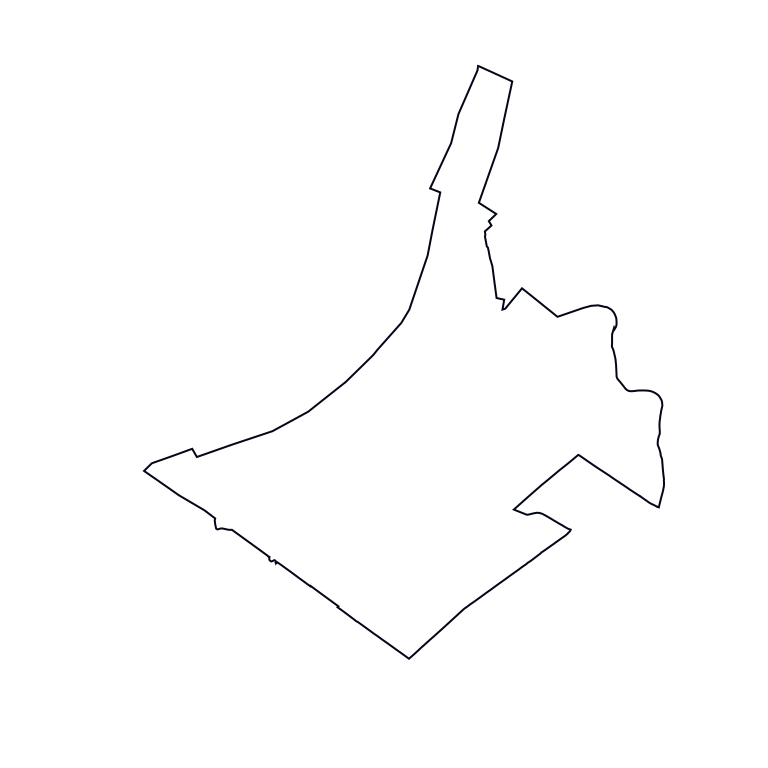 Gostinu, Romania, rotated 160°
{"feature_id": "2599482B60954600947831", "entity_name": "Gostinu", "entity_type": "district", "adm_level": 2, "iso_a3": "ROU", "parent_name": "Romania", "parent_adm1": "", "projection": "albers", "projection_center": [26.1, 43.984], "detail": "fine", "context": "isolated", "style": "outline", "palette": "ink", "viewbox_px": 768, "rotation_deg": 160, "n_neighbors": 0, "source": "geoboundaries", "source_scale": "gbopen_adm2", "svg_char_len": 4834}
<svg xmlns="http://www.w3.org/2000/svg" viewBox="0 0 768 768"><g transform="rotate(160 384 384)"><path d="M186.8,650.7L188.9,646.7L221.7,612.2L238.5,587.4L273.8,552.0L265.6,544.8L282.4,517.5L285.9,511.8L299.0,489.9L334.8,445.2L346.8,435.5L378.3,418.5L384.2,414.9L419.0,399.1L464.7,383.9L505.0,377.8L548.5,379.0L584.8,379.4L586.4,388.7L607.9,388.7L629.3,388.9L639.2,384.4L638.4,383.2L631.1,372.9L621.0,358.5L614.8,349.6L595.9,326.7L588.6,315.4L589.7,313.8L590.6,309.8L591.2,305.5L590.4,304.4L589.3,304.2L587.0,304.1L585.4,303.6L582.5,301.8L580.0,300.2L576.7,298.9L560.8,275.4L553.0,263.8L551.6,261.6L551.1,261.0L551.4,260.9L551.0,260.2L551.4,259.5L551.6,259.1L551.7,258.8L551.8,257.9L551.5,256.9L550.7,255.9L550.0,255.7L548.7,255.9L547.4,255.9L547.1,255.9L546.6,255.3L546.4,254.8L546.4,254.3L546.6,253.9L547.0,253.2L546.9,253.0L546.9,252.7L546.8,252.8L546.5,252.6L546.3,252.5L545.9,252.6L545.7,252.6L545.2,252.9L542.0,248.4L539.0,243.9L535.6,238.9L532.5,234.2L529.2,229.2L525.7,224.0L522.4,219.1L522.1,219.4L521.6,218.7L519.8,216.0L514.9,208.6L509.0,199.8L505.5,194.6L502.9,190.7L504.0,190.1L501.4,186.3L497.7,180.7L493.4,174.1L492.0,171.9L491.5,171.0L490.4,169.7L489.5,168.6L482.3,158.0L479.6,153.9L476.2,149.1L472.5,143.6L469.2,138.9L466.0,134.2L463.1,129.9L460.1,125.6L455.9,119.4L454.5,117.3L453.2,117.8L448.5,119.6L439.7,123.3L438.8,123.7L436.7,124.5L428.1,128.0L424.2,129.5L413.3,133.9L400.9,139.0L386.7,144.9L385.1,145.5L381.3,146.5L380.4,146.8L378.8,147.3L378.2,147.5L376.1,148.0L372.0,149.1L365.7,150.9L359.2,152.8L356.6,153.5L356.4,153.5L356.0,153.7L355.8,153.7L350.3,155.3L346.5,156.4L335.4,159.5L331.2,160.7L327.7,161.7L325.8,162.2L321.1,163.5L317.6,164.6L314.6,165.4L313.4,165.7L312.6,165.9L312.0,166.0L311.6,166.2L310.9,166.5L310.3,166.8L309.7,166.9L309.2,167.0L308.7,167.1L308.1,167.2L304.9,168.1L297.6,170.4L295.6,171.0L294.5,171.4L294.3,171.5L293.7,171.9L293.3,172.0L293.1,172.0L292.9,172.0L290.6,172.6L282.6,174.8L273.9,177.2L270.0,178.3L265.4,179.5L264.2,180.0L262.7,180.5L262.4,180.8L260.3,181.7L259.2,182.4L258.4,183.3L259.9,184.5L260.5,185.0L261.6,186.2L262.5,187.3L263.1,188.0L264.8,190.2L267.0,192.7L269.1,195.3L271.1,197.7L272.5,199.5L275.4,203.0L276.8,204.7L278.8,206.9L279.6,207.8L280.6,208.6L281.8,209.5L282.7,210.0L283.7,210.4L284.5,210.7L286.0,211.0L287.4,211.2L288.2,211.4L289.6,211.5L291.7,211.7L293.4,212.0L294.2,212.2L294.7,212.5L295.2,212.9L301.5,218.5L304.9,221.6L284.8,229.6L274.7,233.5L271.9,234.6L270.5,235.2L268.6,235.8L262.0,238.1L252.1,241.7L251.5,241.9L250.8,242.2L244.6,244.3L239.7,245.9L233.5,248.1L225.8,250.9L225.5,250.9L223.0,247.5L218.7,241.4L214.3,235.2L210.4,229.9L206.7,225.0L203.3,220.4L199.2,214.6L195.6,209.7L192.7,205.8L188.8,200.3L185.2,195.5L182.0,191.2L181.9,191.3L181.4,190.6L180.1,188.6L176.6,183.6L175.8,182.4L175.4,181.9L174.7,181.0L174.1,180.3L170.7,176.8L170.1,176.2L169.6,175.6L169.4,175.4L169.4,175.2L167.9,174.1L167.3,175.1L161.7,183.4L158.4,188.1L155.9,192.3L154.8,194.9L154.0,197.7L153.4,198.9L152.9,201.5L151.2,208.2L148.7,217.2L148.4,218.3L148.4,219.3L148.4,220.5L148.4,221.9L148.1,223.6L147.9,224.0L147.7,226.1L147.5,228.5L147.5,230.1L147.6,232.4L147.5,233.5L147.1,234.7L146.6,235.9L146.3,236.4L146.2,236.6L146.1,236.9L145.8,237.6L145.5,238.2L145.2,238.6L144.7,239.2L144.3,239.9L143.9,240.5L143.6,240.9L143.1,241.4L142.6,242.0L142.3,242.4L142.1,242.7L141.8,243.0L141.7,243.6L141.1,244.9L140.9,245.6L140.6,246.6L140.1,248.4L139.8,249.5L139.2,251.1L138.4,253.2L137.1,255.9L136.0,257.9L135.1,259.8L133.9,261.8L133.2,263.1L132.7,264.0L131.4,266.0L130.1,268.0L129.7,268.8L129.4,270.0L129.0,271.4L128.8,272.9L128.8,273.7L128.8,274.6L129.2,276.5L129.5,278.1L130.2,279.8L131.1,281.2L132.2,282.7L133.4,284.0L134.8,285.3L136.1,286.2L137.9,287.3L139.5,288.0L141.6,288.9L143.3,289.5L145.1,290.2L146.4,290.6L147.9,291.1L148.6,291.2L151.5,291.9L153.5,292.4L154.8,292.9L156.4,293.8L157.8,295.3L158.7,297.0L159.3,298.8L161.3,304.9L162.1,307.0L162.9,309.2L162.9,311.4L161.1,317.0L159.4,322.6L158.0,328.0L157.0,335.5L156.9,337.1L156.8,338.0L156.9,339.0L157.1,341.1L156.8,341.8L156.0,343.6L155.8,344.2L155.7,344.4L152.7,352.6L148.6,358.1L148.6,356.6L147.5,357.5L146.6,358.3L145.8,359.3L145.4,359.8L144.8,361.3L144.2,362.8L143.7,364.7L143.3,366.1L143.2,367.1L143.2,368.6L143.3,370.4L143.5,372.2L144.0,373.8L144.6,375.4L145.2,376.5L146.4,377.9L147.4,379.1L148.6,380.3L149.4,380.5L151.1,381.6L155.9,384.7L162.6,386.6L170.7,387.3L198.0,387.8L215.1,416.1L221.6,426.7L244.3,413.3L247.2,413.4L242.2,422.1L248.8,426.3L244.9,444.1L241.9,457.4L241.6,461.6L241.4,465.8L240.0,474.2L239.9,475.4L239.7,476.5L240.3,478.3L238.7,488.0L237.7,489.6L237.0,492.9L232.9,494.5L228.8,496.2L229.8,501.2L223.2,504.1L220.4,505.4L232.9,521.8L214.5,544.2L196.0,566.7L180.8,591.3L170.4,607.9L160.0,624.4L181.0,645.1L186.3,650.3L186.5,650.5L186.8,650.7Z" fill="none" stroke="#020617" stroke-width="2"/></g></svg>